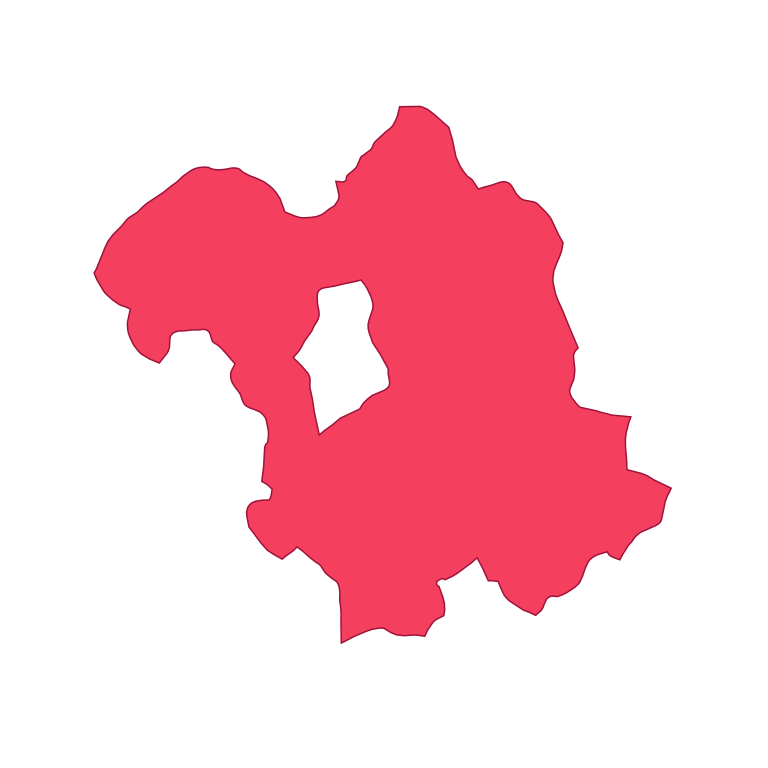 outline of Töv, rotated 247°
{"feature_id": "MNG-3329", "entity_name": "Töv", "entity_type": "Province", "adm_level": 1, "iso_a3": "MNG", "parent_name": "Mongolia", "parent_adm1": "", "projection": "mercator", "projection_center": [106.662, 47.753], "detail": "fine", "context": "isolated", "style": "filled", "palette": "rose", "viewbox_px": 768, "rotation_deg": 247, "n_neighbors": 0, "source": "natural_earth", "source_scale": "10m", "svg_char_len": 5092}
<svg xmlns="http://www.w3.org/2000/svg" viewBox="0 0 768 768"><g transform="rotate(247 384 384)"><path d="M589.4,418.9L588.0,421.5L586.5,423.7L585.8,426.5L586.3,428.4L587.5,429.5L588.9,430.2L589.9,431.0L590.6,432.2L592.7,439.4L594.0,442.6L594.8,443.9L601.7,451.1L602.3,452.1L602.5,453.8L604.8,463.0L605.8,464.9L609.4,468.7L610.7,471.0L615.3,483.7L617.0,489.9L618.4,493.0L622.0,497.6L625.6,501.2L633.1,506.8L625.5,525.5L624.1,527.3L620.2,531.1L612.4,535.6L595.0,543.9L581.5,542.3L564.7,538.9L555.0,539.1L547.9,540.4L542.7,541.9L537.7,544.9L526.6,547.0L526.1,553.3L525.1,559.4L524.4,569.1L524.0,571.7L523.0,574.2L522.2,575.4L520.1,577.4L518.9,578.1L516.4,578.9L507.0,580.1L502.0,582.0L499.8,583.5L498.8,584.4L493.2,592.8L491.6,594.6L489.6,595.8L478.4,600.3L473.0,601.9L470.2,602.4L452.7,603.0L444.0,604.0L437.2,599.5L432.5,595.2L426.2,588.6L421.6,584.4L414.7,580.4L411.0,579.2L400.0,577.1L392.7,576.8L383.2,577.1L362.1,576.8L341.3,576.8L339.9,573.4L339.2,572.3L337.2,570.3L334.9,569.0L323.3,565.5L319.5,563.7L314.2,560.5L307.5,553.8L305.4,552.3L304.2,551.9L301.7,551.4L297.7,551.6L290.5,553.5L286.1,555.2L276.4,568.9L274.1,571.5L266.0,582.2L257.3,598.4L252.1,593.6L247.8,590.5L245.2,588.3L238.6,584.5L230.9,581.4L220.4,578.0L210.2,574.2L200.5,586.7L196.6,590.5L190.4,594.9L175.9,607.6L173.5,605.1L170.5,601.3L165.7,596.8L151.5,587.0L149.9,585.6L148.8,584.1L147.9,581.7L147.5,579.0L147.3,563.7L147.0,561.0L146.1,558.0L144.9,554.9L142.1,550.6L139.8,545.5L137.8,542.9L134.3,537.7L130.0,532.4L134.6,527.5L137.2,525.2L139.3,524.3L142.3,523.8L143.2,516.8L143.4,512.7L143.1,509.0L142.4,506.6L141.5,504.2L140.3,502.2L136.1,497.6L129.3,491.4L125.1,486.8L124.0,484.8L122.2,479.9L120.5,470.4L120.3,466.1L120.5,460.7L123.2,455.5L123.5,453.4L123.1,451.2L122.2,449.3L118.8,445.5L116.4,443.3L114.8,441.3L113.8,439.3L111.8,433.2L116.9,428.7L121.4,424.0L135.6,414.5L140.4,412.7L143.1,412.1L148.8,411.8L157.6,411.9L160.6,406.9L162.1,403.1L176.4,402.8L187.6,401.8L185.2,394.4L180.9,376.4L180.3,371.7L180.0,363.7L182.3,361.5L182.0,357.4L181.4,355.6L180.8,354.9L180.0,354.5L178.4,354.3L177.1,354.7L176.2,355.5L164.8,354.9L158.5,353.9L152.0,351.4L147.4,348.5L146.8,339.9L145.8,336.4L140.6,328.2L135.9,323.0L140.4,315.5L141.7,312.3L144.3,304.5L148.1,297.6L152.7,293.0L158.8,288.8L159.6,287.7L160.9,285.0L162.8,277.7L163.3,270.7L163.3,258.1L162.2,243.5L181.5,251.3L189.2,254.7L194.5,256.6L202.4,258.8L209.5,262.0L215.4,263.5L217.9,263.6L220.4,263.2L222.4,262.1L225.1,260.3L232.1,256.6L234.7,255.9L241.2,254.7L243.4,253.9L247.1,251.4L253.1,248.0L260.7,244.5L268.0,240.4L265.9,235.1L264.0,226.4L262.6,221.8L269.9,216.2L275.2,212.5L277.8,211.3L285.1,208.8L305.2,203.8L315.8,206.1L319.5,207.3L323.1,209.9L324.9,212.3L325.6,213.6L326.3,216.3L326.2,220.5L324.4,227.2L322.1,233.2L323.3,234.6L325.2,236.4L330.9,239.9L336.0,237.8L338.7,236.0L342.1,233.4L355.5,241.2L372.5,249.5L374.6,251.5L375.8,254.2L381.9,257.6L386.1,259.3L396.1,261.4L399.6,261.6L403.5,260.5L406.7,258.9L411.3,254.6L414.0,251.5L417.2,248.9L419.1,247.8L422.7,247.2L430.5,247.7L432.7,247.4L441.2,245.3L445.3,244.8L449.4,245.3L452.0,246.3L454.2,247.4L456.0,249.0L460.6,254.7L473.8,250.6L480.3,248.3L484.9,246.1L488.2,243.7L490.2,242.8L492.4,242.8L498.1,243.5L500.4,243.3L502.7,242.1L503.6,241.2L504.9,239.0L506.4,234.1L508.7,228.7L510.6,222.0L513.1,215.4L513.5,211.4L513.0,208.8L511.7,206.4L510.7,205.5L508.6,204.2L501.7,200.9L498.5,198.1L496.9,195.9L491.1,185.3L498.9,177.7L506.8,172.1L510.3,170.7L516.8,169.0L519.9,168.6L527.9,168.4L532.4,168.9L535.2,169.7L539.2,171.1L541.7,172.4L552.1,179.8L556.1,176.1L558.8,173.0L560.6,171.3L567.5,167.0L575.4,163.3L579.2,162.2L591.8,160.5L595.3,160.4L599.5,160.6L602.9,164.9L605.7,167.5L607.9,169.9L610.2,172.0L612.3,174.3L619.0,180.9L623.2,185.7L627.3,192.7L631.9,204.1L636.0,211.9L636.8,214.6L638.2,222.9L638.9,225.3L641.2,230.9L642.9,236.3L646.6,255.7L649.3,265.3L650.8,272.0L653.8,280.0L655.9,289.7L656.2,293.8L655.6,298.0L653.9,303.3L652.0,307.1L650.5,308.2L648.7,310.2L646.2,314.3L643.9,320.8L642.2,328.7L640.5,332.3L639.1,334.2L638.2,334.9L634.3,336.9L632.6,338.1L628.6,341.4L622.1,348.0L617.3,352.3L615.4,353.6L610.7,356.3L608.2,357.5L602.9,359.3L595.5,360.7L581.1,360.0L573.2,367.8L569.8,372.1L568.3,375.1L565.8,382.1L564.5,387.3L564.2,391.7L564.5,394.7L566.4,401.7L567.5,408.2L571.0,413.5L573.1,415.2L575.5,416.4L589.4,418.9ZM419.9,318.4L417.3,317.8L411.1,315.0L408.2,314.1L399.0,312.4L387.6,309.5L388.1,309.4L362.4,304.5L364.6,311.8L366.3,319.6L369.6,330.6L370.5,352.0L373.2,355.6L374.7,358.1L376.6,363.1L378.1,368.7L378.1,381.5L378.6,384.4L379.7,387.0L380.5,388.2L383.2,389.8L392.3,392.0L396.1,393.8L412.5,392.2L425.3,389.9L428.0,389.8L436.5,390.3L440.8,391.0L445.0,392.6L448.9,395.4L457.3,402.8L460.1,404.4L463.2,405.4L469.7,406.1L478.1,405.8L483.2,405.0L488.8,403.4L489.2,399.6L492.2,384.3L493.5,376.4L496.1,365.7L496.2,363.2L495.5,360.7L493.9,358.6L490.8,356.7L483.8,354.1L476.7,352.6L473.9,351.7L471.4,350.3L469.2,348.4L467.4,346.2L464.6,342.1L461.3,338.6L454.5,327.6L449.0,320.8L446.6,316.7L443.8,310.7L432.9,315.2L423.9,318.1L419.9,318.4Z" fill="#f43f5e" stroke="#9f1239" stroke-width="1.5"/></g></svg>